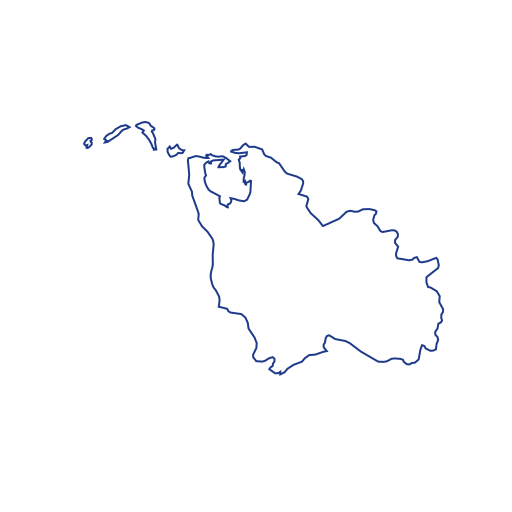 an SVG outline of Thessalia, rotated 203°
{"feature_id": "GRC-2900", "entity_name": "Thessalia", "entity_type": "Region", "adm_level": 1, "iso_a3": "GRC", "parent_name": "Greece", "parent_adm1": "", "projection": "robinson", "projection_center": [22.751, 39.565], "detail": "fine", "context": "isolated", "style": "outline", "palette": "blue", "viewbox_px": 512, "rotation_deg": 203, "n_neighbors": 0, "source": "natural_earth", "source_scale": "10m", "svg_char_len": 4757}
<svg xmlns="http://www.w3.org/2000/svg" viewBox="0 0 512 512"><g transform="rotate(203 256 256)"><path d="M270.4,194.7L270.4,194.9L272.2,200.9L273.2,202.9L274.6,204.7L279.7,208.8L282.7,210.4L284.7,212.3L288.0,216.5L289.4,218.6L290.5,221.5L291.3,224.8L291.7,228.3L292.3,231.0L296.4,240.4L299.5,250.2L301.5,253.4L303.3,255.1L310.3,259.5L317.2,262.2L322.5,266.0L322.9,266.4L323.5,267.1L325.1,272.2L326.7,274.2L338.3,286.7L340.0,290.1L346.5,296.0L349.3,304.9L356.1,317.5L356.4,319.7L354.9,320.6L350.6,324.4L348.0,325.2L342.8,326.0L340.2,326.7L338.2,327.6L338.9,328.0L339.5,328.4L340.1,328.7L341.0,328.8L341.0,329.9L339.8,330.2L338.8,330.8L338.0,331.4L337.4,332.1L335.7,331.6L332.7,331.8L329.6,332.6L327.6,333.8L325.4,334.8L322.2,334.6L316.8,333.2L318.1,330.9L319.7,328.8L318.9,326.6L320.7,325.1L325.2,323.1L325.2,325.2L323.4,332.1L333.0,327.1L334.5,325.2L333.5,323.7L334.3,323.2L335.6,323.3L336.3,323.6L336.8,324.4L337.7,323.4L338.7,321.6L339.2,319.7L338.5,317.9L335.0,312.3L333.5,310.7L334.1,307.9L332.6,305.0L330.2,302.3L328.0,300.3L325.4,298.5L323.0,297.8L312.5,296.9L312.4,296.3L312.6,295.5L312.2,294.7L311.6,293.8L310.2,291.1L309.4,290.3L308.4,290.2L304.8,290.3L301.7,289.6L301.0,289.8L302.0,291.3L302.0,292.5L300.6,293.8L300.1,295.8L300.5,297.8L302.0,299.3L298.8,300.0L293.4,300.5L288.4,301.7L286.2,304.4L285.9,310.8L286.2,312.8L289.9,323.1L290.8,323.1L291.8,321.3L293.6,319.7L293.0,317.9L293.7,317.8L294.8,318.9L295.5,320.8L296.4,319.7L297.6,322.4L298.1,325.6L299.0,328.7L301.1,331.0L301.0,330.2L301.5,330.0L302.0,329.9L301.4,328.7L301.1,327.6L304.5,329.7L306.1,332.5L307.4,335.4L309.5,337.9L308.7,339.9L308.9,340.4L309.5,341.3L305.2,343.7L304.2,345.3L304.9,347.9L311.8,343.9L315.5,342.8L319.7,342.4L319.7,343.4L318.5,344.7L314.1,346.9L312.9,348.0L312.3,349.2L311.4,352.5L310.7,353.7L309.8,355.0L309.3,355.5L308.9,355.3L308.1,354.9L305.1,353.7L299.9,356.0L292.0,356.5L288.0,352.7L285.7,351.9L280.8,352.4L273.4,350.3L271.0,350.4L262.4,344.9L259.6,344.0L249.3,345.1L244.1,344.7L241.9,343.4L240.9,341.0L240.3,333.7L241.1,329.7L232.2,330.6L230.1,328.9L229.1,321.4L227.0,319.8L222.2,316.7L212.7,313.4L206.1,309.7L194.0,322.8L189.9,332.1L187.1,334.4L182.1,335.4L179.4,336.8L175.8,340.8L170.0,343.5L164.9,344.5L162.6,344.2L162.1,341.8L162.9,339.7L162.3,335.1L160.4,332.5L155.8,330.9L151.1,327.5L148.7,327.6L141.0,332.8L138.4,333.7L136.1,333.4L134.0,331.7L133.0,329.3L134.2,325.0L133.2,322.5L128.8,320.1L128.1,313.2L127.1,310.8L125.0,309.1L113.4,311.9L110.6,313.7L109.8,315.9L107.5,317.8L103.3,314.5L100.8,315.0L95.8,318.4L89.4,324.7L87.6,323.9L84.1,318.9L83.7,316.1L90.8,303.1L88.8,298.3L85.5,294.7L83.0,295.2L75.9,294.2L71.2,290.8L69.3,285.1L62.9,280.1L62.0,277.3L62.5,274.6L61.5,271.8L59.5,269.2L59.9,267.0L61.7,265.0L60.6,260.3L61.4,255.9L59.9,253.4L57.6,252.6L55.6,250.1L55.4,245.5L53.9,240.4L55.7,238.3L58.4,236.9L63.7,237.2L65.8,238.9L68.3,238.8L68.1,234.2L65.9,224.4L66.8,222.3L68.2,219.8L70.9,218.3L72.2,216.3L74.8,215.3L78.5,216.3L80.2,217.9L82.7,217.8L88.3,215.9L91.0,214.4L94.2,210.4L96.9,208.5L102.2,206.5L122.1,209.0L135.6,212.4L140.4,212.7L150.6,210.5L157.7,211.6L159.4,210.1L159.8,207.9L158.7,203.2L159.1,201.0L158.1,198.5L153.7,196.1L156.5,194.2L162.9,188.4L168.3,185.6L171.1,181.0L172.4,176.7L178.9,170.5L183.0,164.4L184.3,160.1L187.4,156.5L188.4,158.9L189.7,156.9L192.5,155.5L199.5,157.0L199.1,159.2L197.7,161.2L198.3,163.6L197.8,166.2L198.8,168.6L201.1,169.4L203.9,167.1L206.7,163.1L209.0,161.2L214.7,159.3L219.1,161.8L220.1,164.2L219.7,171.4L221.3,176.1L225.4,180.3L234.5,186.3L237.5,191.3L241.6,195.1L246.7,196.8L257.4,194.0L259.8,194.4L261.9,196.1L269.0,195.0L270.4,194.7ZM400.6,329.9L399.2,329.1L394.9,325.0L394.0,323.6L393.5,321.4L389.4,315.1L391.3,314.0L391.4,314.9L391.8,315.1L392.3,315.0L393.0,315.1L396.2,318.4L400.0,321.3L404.2,323.7L408.8,325.2L408.3,327.7L410.9,328.1L414.6,328.0L417.3,328.8L417.3,329.9L412.9,334.4L410.3,336.1L407.0,336.6L405.7,336.2L403.7,334.7L400.1,334.1L399.0,333.2L399.1,332.2L400.6,331.0L400.6,329.9ZM436.7,312.8L434.7,317.9L431.2,322.6L427.0,325.6L422.8,325.2L424.6,322.9L426.5,321.4L428.1,319.6L430.3,313.4L437.1,303.1L439.4,301.5L439.3,302.1L439.2,302.7L439.0,303.3L438.5,303.9L441.5,304.4L440.8,307.9L438.5,311.5L436.7,312.8ZM368.9,325.2L367.4,324.8L366.0,324.6L364.6,324.7L363.4,325.2L363.8,322.3L365.4,321.2L367.2,320.9L368.0,320.3L368.6,318.5L370.0,316.6L371.9,314.9L373.5,314.0L375.7,315.3L378.0,317.3L379.3,319.9L378.2,323.1L376.1,321.5L374.2,323.3L372.2,327.6L371.2,327.3L370.0,325.9L368.9,325.2ZM456.2,291.1L457.5,291.7L458.1,292.2L458.0,294.8L456.4,299.0L453.8,300.3L452.5,298.9L452.7,297.8L453.3,297.4L452.8,296.6L451.4,295.9L450.9,294.7L451.3,292.9L452.1,291.2L453.2,289.6L454.3,289.4L454.6,291.0L454.7,292.2L455.3,291.7L456.2,291.1Z" fill="none" stroke="#1e3a8a" stroke-width="2"/></g></svg>